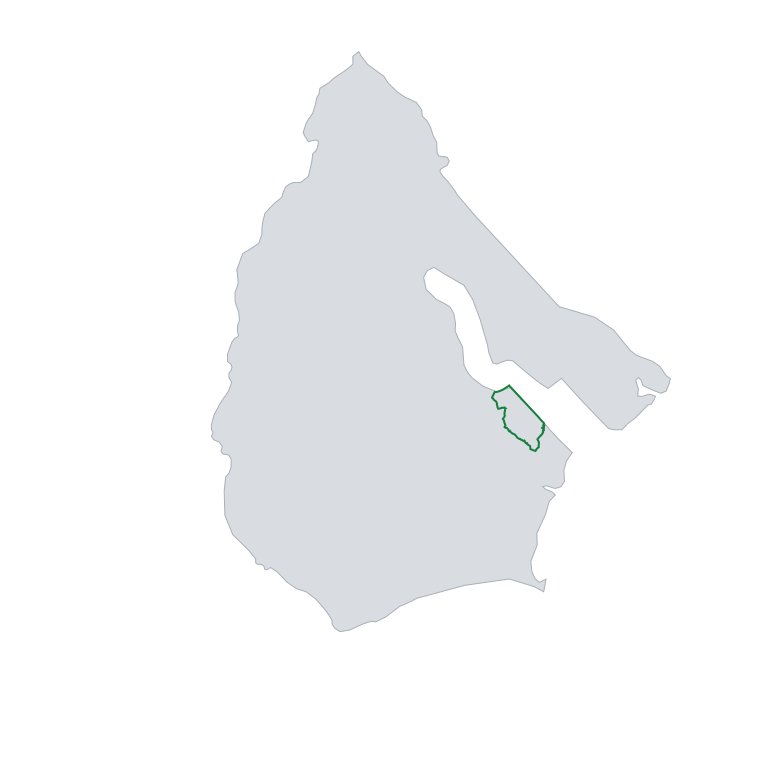 Nioro Du Rip, Kaolack, Senegal (highlighted), rotated 227°
{"feature_id": "50182788B29473400533502", "entity_name": "Nioro Du Rip", "entity_type": "district", "adm_level": 2, "iso_a3": "SEN", "parent_name": "Senegal", "parent_adm1": "Kaolack", "projection": "natural_earth1", "projection_center": [-15.905, 13.752], "detail": "fine", "context": "in_parent", "style": "outline", "palette": "green", "viewbox_px": 768, "rotation_deg": 227, "n_neighbors": 0, "source": "geoboundaries", "source_scale": "gbopen_adm2", "svg_char_len": 7956}
<svg xmlns="http://www.w3.org/2000/svg" viewBox="0 0 768 768"><g transform="rotate(227 384 384)"><path d="M567.7,353.8L575.8,369.7L574.1,377.4L572.3,388.5L576.8,396.7L582.1,402.0L585.9,406.8L590.1,413.5L590.9,426.9L590.2,436.5L592.9,440.9L595.2,446.4L594.8,451.0L593.3,455.0L588.2,460.4L587.4,470.4L595.7,482.5L601.0,489.1L601.0,492.9L602.5,497.0L606.4,501.8L608.8,500.7L611.4,496.7L612.6,494.0L619.7,495.2L623.1,496.5L627.6,504.4L629.3,509.6L630.5,516.3L635.2,524.5L639.4,530.3L640.3,534.0L644.0,538.9L641.8,549.8L642.0,555.4L639.6,570.0L639.1,577.0L639.2,579.5L644.9,584.7L644.3,592.2L638.6,590.8L628.7,590.0L608.8,593.8L602.0,592.3L588.9,592.8L579.6,594.9L567.8,599.7L558.7,598.5L553.7,594.7L547.2,595.0L539.8,593.0L532.0,589.3L524.8,587.4L517.1,580.7L513.5,579.5L511.0,581.3L508.8,583.5L506.6,584.9L502.4,583.7L500.8,579.1L502.1,574.6L502.5,571.3L500.5,569.4L495.8,568.8L488.2,568.8L476.0,567.5L473.1,566.6L445.7,565.4L417.2,565.3L393.1,565.2L362.6,565.0L341.2,564.9L321.2,564.8L305.8,573.9L289.1,583.6L266.6,588.8L240.8,586.9L232.5,588.3L224.0,592.6L217.7,595.8L208.8,597.7L197.3,596.1L192.6,597.1L189.7,592.6L186.4,585.4L188.5,580.1L195.5,576.7L206.1,572.3L211.6,574.6L214.9,574.7L215.5,571.8L214.4,570.3L206.5,566.4L202.3,561.3L198.9,564.3L196.0,570.6L193.5,572.5L189.9,574.2L187.9,570.0L187.0,565.8L188.6,562.6L187.8,544.7L188.8,535.1L188.3,526.8L193.3,521.3L198.0,517.9L216.5,517.5L233.7,517.2L250.2,517.4L267.1,517.6L268.8,500.9L274.1,499.6L282.1,497.9L297.0,495.8L313.5,493.9L317.1,490.6L319.8,485.1L321.6,480.1L325.0,478.0L329.6,479.6L335.7,482.2L342.0,486.3L349.2,490.0L354.1,492.4L365.6,498.3L385.4,506.5L401.7,509.8L421.3,503.8L435.5,499.9L437.3,492.7L435.0,485.7L424.5,479.3L410.1,480.0L405.7,481.7L399.0,483.9L395.0,484.7L388.2,483.2L379.6,477.7L374.2,472.1L366.6,469.4L357.6,466.8L343.2,455.3L335.7,453.2L328.6,452.6L314.9,454.9L301.6,461.1L294.6,475.0L281.2,474.8L252.9,474.4L226.9,474.0L205.4,474.9L203.2,464.8L198.2,456.7L189.9,449.8L188.1,443.4L190.9,437.9L198.9,433.3L200.7,430.0L196.5,430.5L190.2,433.4L186.0,433.6L185.5,424.8L178.5,413.3L170.6,394.0L161.7,386.1L154.2,370.5L146.4,364.5L139.2,361.7L133.0,362.3L130.8,369.4L123.1,359.1L133.6,355.5L156.0,342.6L181.7,305.7L204.8,262.0L207.8,251.7L210.7,243.8L212.5,226.0L215.8,215.4L218.9,213.3L222.8,205.2L227.6,190.9L232.9,182.9L238.9,181.4L243.5,182.1L246.8,185.0L256.5,186.8L272.6,187.5L285.1,185.4L293.9,180.4L305.4,177.9L319.7,177.8L327.2,175.8L327.9,171.7L329.8,170.4L332.8,172.0L335.6,171.4L338.2,168.5L340.9,168.3L343.5,170.8L355.4,171.6L376.8,170.6L396.5,178.1L414.7,194.1L424.0,204.8L424.6,210.1L427.6,215.5L433.1,220.9L438.0,222.0L442.5,218.5L446.0,218.9L448.6,223.1L453.8,223.9L459.5,221.4L463.6,222.2L464.3,224.7L465.3,226.0L468.1,226.6L471.8,229.8L477.1,238.3L481.4,250.1L484.8,265.4L489.1,273.7L494.6,275.0L497.7,278.1L498.3,281.8L499.9,284.2L502.5,285.6L507.1,284.8L512.5,289.9L518.3,301.1L519.2,306.1L518.3,308.8L518.7,310.8L522.5,312.7L526.2,316.3L529.2,321.8L535.6,326.7L545.4,331.0L552.5,337.4L556.9,345.9L565.9,353.0L567.7,353.8Z" fill="#d9dde1" stroke="#a8b0b8" stroke-width="1"/><path d="M277.5,447.2L277.3,447.1L277.0,447.1L276.7,447.0L276.4,447.0L276.1,447.0L275.8,447.0L275.1,446.7L274.9,446.5L274.7,446.4L274.6,446.2L274.3,446.0L274.0,445.9L273.6,445.7L273.3,445.6L273.2,445.5L272.8,445.4L272.7,445.4L272.0,445.1L271.9,445.0L271.5,444.9L271.1,444.7L270.8,444.4L270.7,443.9L270.6,443.4L270.5,443.1L270.3,443.0L270.3,442.8L269.9,442.7L269.7,442.8L269.3,443.1L268.7,443.3L268.6,443.5L268.4,443.7L268.2,443.9L267.9,444.0L267.6,443.9L267.3,443.9L266.9,443.9L266.6,443.8L266.1,443.8L265.6,443.6L265.3,443.6L264.9,443.5L264.7,443.4L264.5,443.6L264.5,443.4L264.2,443.3L263.9,443.5L263.7,443.6L263.2,443.6L262.9,443.8L262.7,443.8L262.1,443.9L261.9,444.0L261.6,444.1L261.3,444.1L261.2,444.1L260.8,444.1L260.7,444.1L260.3,444.2L260.0,444.1L259.9,444.2L259.5,444.5L259.4,444.6L259.2,444.7L259.0,444.8L258.6,445.0L258.0,445.2L257.8,445.1L257.6,445.2L257.4,445.2L257.2,445.2L256.5,445.1L256.1,445.2L255.9,445.2L255.5,445.1L255.3,445.1L254.6,445.0L254.4,445.0L254.2,444.9L253.7,445.0L253.6,444.9L253.0,445.1L252.4,445.2L251.9,445.4L251.7,445.6L251.3,445.9L251.2,445.8L251.0,446.0L250.9,446.0L250.7,446.0L250.4,446.1L250.0,446.2L249.9,446.3L249.7,446.3L249.4,446.5L249.0,446.6L248.9,446.6L248.7,446.6L248.5,446.8L248.1,446.9L247.9,447.0L247.6,447.0L247.3,447.3L247.2,447.5L247.1,447.8L247.0,448.1L246.9,448.1L246.6,448.0L245.9,447.8L245.8,447.7L245.7,447.8L245.5,447.7L245.3,447.7L244.5,447.4L244.3,447.5L244.2,447.4L243.8,447.5L243.7,447.5L243.5,447.8L243.3,448.1L243.2,448.2L243.1,448.3L242.9,448.2L242.7,448.2L242.4,448.0L242.2,448.0L242.0,447.7L241.9,447.7L241.7,447.8L241.4,447.9L241.2,447.9L240.9,448.0L239.7,448.3L239.4,448.4L239.2,448.5L238.9,448.5L238.8,448.4L238.3,448.1L237.4,447.4L237.2,447.2L236.7,446.8L236.6,446.7L235.4,447.2L234.1,447.8L233.1,448.4L232.4,448.8L232.0,448.9L231.7,449.1L231.9,449.9L232.0,450.3L232.2,450.5L232.3,451.0L232.4,451.8L232.4,452.5L232.4,452.8L232.2,454.1L233.0,454.7L233.3,454.9L233.4,455.0L233.5,455.0L233.8,455.5L234.1,455.8L234.3,456.1L234.5,456.4L235.0,456.8L235.5,457.3L235.8,457.5L236.0,457.7L236.4,457.7L236.6,457.9L236.8,457.9L237.0,458.0L237.4,458.1L237.7,458.2L237.8,458.2L238.0,458.2L238.1,458.3L238.3,458.3L238.5,458.4L238.7,458.5L238.9,458.5L239.0,458.7L239.0,458.9L239.1,459.2L239.1,459.4L239.1,460.0L239.3,460.7L239.3,461.1L239.3,461.4L239.3,461.5L239.3,461.9L239.3,462.2L239.4,462.3L239.4,462.6L239.3,462.9L239.4,463.0L239.4,463.5L239.5,463.6L239.4,463.7L239.4,463.8L239.4,464.4L239.5,464.4L239.5,464.6L239.5,465.0L239.7,465.5L239.8,465.7L239.7,465.8L239.8,466.3L240.0,466.8L240.0,467.1L240.1,467.3L240.3,467.5L240.6,467.9L240.7,468.0L240.8,468.1L241.1,468.0L241.3,468.2L241.5,468.9L241.4,469.0L241.2,469.3L241.2,469.6L241.3,469.7L241.5,469.7L242.1,469.7L242.4,469.8L242.5,470.0L242.6,470.3L242.6,470.6L242.8,470.7L243.1,470.6L243.2,470.4L243.2,470.0L243.2,469.9L243.3,469.7L243.8,469.6L244.1,469.6L244.2,470.0L244.0,470.6L243.9,470.7L243.9,470.8L243.5,471.2L243.3,471.4L243.3,471.6L244.0,472.2L244.1,472.4L244.1,472.6L244.2,472.9L244.3,473.0L244.5,472.8L244.7,472.5L244.8,472.4L245.0,472.3L245.3,472.5L245.5,472.8L245.7,473.1L245.8,473.4L245.8,473.7L245.6,474.2L245.4,474.3L246.0,474.3L250.6,474.2L253.8,474.4L254.3,474.4L255.3,474.4L256.5,474.4L257.1,474.4L263.0,474.4L265.2,474.4L266.8,474.4L276.5,474.4L279.6,474.3L280.4,474.4L281.0,474.4L281.2,474.5L282.0,474.4L283.1,474.4L283.8,474.4L284.5,474.4L285.3,474.4L285.8,474.4L287.6,474.4L289.4,474.4L289.9,474.4L290.3,474.4L291.5,474.4L292.4,474.4L296.4,474.4L297.6,474.5L297.7,473.2L297.8,472.7L298.0,471.6L298.1,470.6L298.4,469.2L299.0,466.4L299.7,464.5L300.1,463.5L300.4,462.7L300.9,461.8L301.3,461.1L302.2,459.9L302.6,459.5L302.4,458.9L302.4,458.7L302.2,458.3L301.9,457.7L301.7,457.1L301.6,456.9L301.4,456.2L301.2,455.7L300.8,454.8L300.7,454.6L300.6,454.3L300.5,454.0L300.5,453.9L300.3,453.7L300.1,453.7L299.4,453.7L299.2,453.8L298.9,453.7L298.6,453.8L298.4,453.8L297.8,453.6L297.5,453.6L296.1,453.7L295.8,453.9L295.6,454.0L295.3,454.0L295.1,454.0L294.6,454.0L294.1,453.9L293.7,453.8L293.3,453.6L293.1,453.5L292.9,453.4L292.4,453.0L292.3,452.8L291.9,452.5L291.3,452.2L291.0,452.0L290.7,451.9L289.9,451.5L289.7,451.2L288.9,450.9L288.5,450.8L288.1,450.8L287.9,451.0L287.8,450.9L287.7,451.1L287.5,451.3L287.1,452.0L287.0,452.3L286.7,452.7L286.6,452.9L286.5,453.2L286.3,454.0L286.1,454.2L286.0,454.3L285.5,454.6L285.1,455.2L285.1,455.4L284.9,455.9L284.8,456.0L284.5,456.2L284.2,456.3L283.9,456.3L284.0,456.2L283.6,456.0L283.4,455.9L283.2,455.7L282.9,455.3L282.7,455.1L282.4,454.9L282.2,454.6L282.1,454.4L281.6,453.8L281.5,453.6L281.4,453.4L281.3,453.2L281.1,453.0L281.1,452.9L280.9,452.7L280.7,452.5L280.6,452.4L280.5,452.2L280.2,452.1L280.0,451.9L279.9,451.6L279.3,451.2L278.9,450.9L278.6,450.9L278.4,450.7L278.1,450.3L277.9,449.6L277.8,449.0L277.8,448.8L277.7,448.4L277.6,448.1L277.5,447.6L277.5,447.2Z" fill="none" stroke="#15803d" stroke-width="2"/></g></svg>